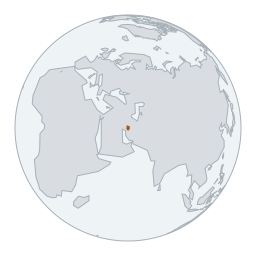 Chahar Mahall and Bakhtiari highlighted on a globe, orthographic projection, rotated 28°
{"feature_id": "IRN-3218", "entity_name": "Chahar Mahall and Bakhtiari", "entity_type": "Province", "adm_level": 1, "iso_a3": "IRN", "parent_name": "Iran", "parent_adm1": "", "projection": "orthographic", "projection_center": [50.632, 31.874], "detail": "fine", "context": "on_globe", "style": "filled", "palette": "amber", "viewbox_px": 256, "rotation_deg": 28, "n_neighbors": 0, "source": "natural_earth", "source_scale": "10m", "svg_char_len": 10602}
<svg xmlns="http://www.w3.org/2000/svg" viewBox="0 0 256 256"><g transform="rotate(28 128 128)"><circle cx="128" cy="128" r="113" fill="#eef3f6" stroke="#a8b0b8"/><path d="M132.8,15.5L144.7,16.9L150.0,17.7L147.6,17.5L158.6,19.6L166.0,22.0L156.7,19.2L155.0,18.9L159.6,20.2L158.8,20.3L160.6,21.0L159.3,21.1L153.9,19.8L153.0,19.8L156.3,20.8L157.0,21.7L152.4,20.2L153.2,21.7L144.5,20.5L133.0,17.5L127.2,18.0L112.8,18.3L113.2,18.7L107.9,19.5L106.4,20.5L104.2,20.6L104.8,21.3L107.2,21.1L108.2,21.4L107.5,22.0L104.6,22.1L104.5,21.8L103.3,22.2L102.1,22.0L102.3,22.4L98.8,22.7L101.2,23.4L97.5,24.5L95.5,24.4L97.1,23.1L96.5,20.8L94.9,20.8L91.1,21.9L80.9,26.4L78.5,27.2L74.4,29.2L75.0,29.2L78.4,27.6L78.5,28.4L82.8,26.7L83.4,26.9L87.2,26.0L85.0,27.6L80.9,29.8L77.7,30.7L75.7,31.8L77.6,32.3L70.3,35.8L63.4,41.3L61.7,42.2L60.6,41.0L63.8,37.2L62.4,36.8L61.7,38.7L57.5,41.5L56.1,42.7L55.4,43.7L56.4,43.4L54.6,44.8L54.6,43.2L56.2,41.9L56.2,42.3L57.7,40.7L57.7,40.1L55.5,41.8L56.3,41.1L62.8,36.1L69.7,31.6L77.0,27.6L84.4,24.1L92.2,21.2L100.1,18.9L108.1,17.1L116.3,16.0L124.5,15.4L132.8,15.5ZM15.9,139.3L16.2,141.4L16.4,143.4L15.9,139.3ZM153.9,18.4L151.4,17.9L154.1,18.5L153.9,18.4ZM161.1,21.2L162.0,21.4L162.5,21.7L161.1,21.2ZM88.1,25.2L87.6,25.6L87.2,25.6L88.1,25.2ZM90.2,24.5L90.0,24.2L90.9,23.9L91.0,24.1L90.2,24.5ZM161.0,22.1L161.5,22.8L160.1,21.9L161.0,22.1ZM90.2,25.0L92.6,23.3L94.3,22.7L96.1,23.1L90.2,25.0ZM161.2,23.0L162.6,24.8L164.8,25.4L159.3,25.2L160.0,23.5L157.8,22.2L160.0,23.0L161.2,23.0ZM108.2,20.7L105.7,21.0L108.4,20.3L108.2,20.7ZM109.7,20.2L116.6,18.1L120.0,18.2L117.0,18.8L121.8,18.7L120.1,19.8L117.0,20.1L115.2,19.7L115.9,20.5L109.7,20.2ZM156.0,24.9L155.5,25.3L155.0,24.7L156.0,24.9ZM108.9,21.4L110.0,20.9L113.0,20.9L111.3,22.1L110.9,21.7L108.9,21.4ZM124.0,18.3L125.9,18.6L125.0,19.6L125.6,19.9L120.3,19.9L124.0,18.3ZM109.8,22.0L110.4,22.6L108.4,23.2L108.0,22.0L109.8,22.0ZM114.4,20.5L115.8,20.7L114.5,20.9L114.4,20.5ZM101.4,26.1L102.6,25.2L104.3,25.1L101.4,26.1ZM110.7,22.9L111.4,22.7L112.2,22.6L112.2,23.2L110.7,22.9ZM120.1,20.6L119.3,21.0L122.2,20.7L121.6,21.5L118.2,21.4L119.5,21.8L119.3,22.1L116.7,21.7L120.1,20.6ZM114.5,23.6L109.9,24.1L107.3,25.5L105.7,25.6L110.3,23.2L114.5,23.6ZM116.0,22.5L114.7,23.2L113.4,22.8L113.5,22.2L116.0,22.5ZM122.5,22.2L124.2,20.9L124.9,21.0L122.5,22.2ZM114.0,24.1L115.1,24.0L113.9,24.2L114.0,24.1ZM120.2,22.8L120.7,22.3L121.5,22.4L120.2,22.8ZM116.9,24.3L115.4,24.4L115.4,23.9L116.9,24.3ZM118.6,23.6L119.5,23.9L116.3,23.6L118.7,23.4L118.6,23.6ZM120.8,23.0L121.4,22.9L120.5,23.2L120.8,23.0ZM117.7,26.2L113.6,26.0L113.7,24.9L117.6,25.2L117.7,26.2ZM28.9,144.0L26.8,125.0L29.6,120.6L31.4,113.4L51.7,98.7L54.7,102.3L69.1,105.6L70.7,107.3L67.5,112.5L77.1,123.6L82.0,119.8L92.2,126.4L100.0,127.6L105.4,117.1L92.7,114.8L92.0,109.0L103.4,106.2L114.7,108.5L114.8,106.4L108.9,100.7L112.7,97.3L107.0,98.5L108.4,100.9L104.8,101.8L103.3,99.7L104.7,98.5L101.7,97.0L95.6,103.6L96.4,106.8L87.6,106.3L88.1,111.7L85.2,113.4L83.4,105.0L84.6,102.4L80.2,92.4L78.1,95.1L82.2,104.8L80.4,103.6L77.7,107.7L78.3,103.7L74.4,92.8L67.3,92.0L56.1,99.7L52.4,98.8L50.3,94.7L56.7,84.5L64.2,87.8L66.5,84.7L66.9,78.6L69.2,80.3L70.2,78.3L73.3,79.5L79.4,76.4L82.8,77.1L87.0,71.6L89.3,71.4L86.1,74.6L85.7,77.5L94.3,79.9L96.5,79.1L98.5,75.4L100.6,76.7L101.5,72.9L107.4,72.8L101.0,69.9L103.3,66.1L107.8,63.9L107.4,62.2L100.1,65.9L98.2,67.8L98.4,70.3L92.2,75.9L88.9,76.1L91.0,68.7L86.5,68.3L90.2,63.1L107.7,55.7L114.1,55.2L120.8,62.1L118.3,64.3L114.6,62.7L116.3,67.6L117.0,65.5L118.7,66.8L121.3,63.8L122.7,64.5L122.9,60.5L124.8,61.1L124.7,63.7L130.2,60.2L134.7,60.9L135.3,59.8L134.7,58.4L140.9,60.4L141.1,59.5L139.1,58.5L138.1,56.1L138.9,52.9L141.0,53.7L141.0,55.0L144.2,59.2L144.0,62.8L144.9,62.8L145.6,60.0L141.7,54.8L141.5,52.6L143.8,54.8L143.0,53.8L143.5,53.0L146.1,53.1L143.8,50.7L147.3,42.0L152.6,41.7L154.3,44.4L159.0,40.2L164.6,40.9L162.7,39.8L163.8,37.5L162.0,37.3L161.2,36.6L163.0,31.5L165.1,31.2L163.8,28.4L162.9,28.0L161.3,28.0L159.3,25.2L164.8,25.4L166.7,26.3L168.9,26.1L172.8,28.4L177.1,30.5L180.1,33.6L183.2,35.3L183.7,35.0L188.3,37.2L196.1,43.2L187.5,39.4L175.5,32.0L180.2,35.0L178.5,34.7L179.8,36.1L183.1,38.3L184.0,38.3L185.9,45.1L192.7,53.2L193.9,50.9L197.0,51.9L205.7,60.6L212.3,77.2L216.5,80.0L218.3,82.8L218.1,86.0L215.5,81.9L213.2,81.8L211.8,79.2L210.6,83.4L208.4,79.9L208.6,85.2L211.1,87.3L212.9,84.6L214.0,91.1L218.8,94.0L221.9,99.8L222.3,113.9L219.0,120.7L219.3,122.8L216.6,122.0L215.1,127.6L221.6,135.8L222.1,139.0L218.7,147.8L218.3,145.6L211.3,143.4L211.4,151.5L216.7,155.0L218.6,161.1L215.1,161.0L213.0,155.7L210.6,154.7L210.2,147.9L206.2,139.3L202.6,143.0L201.9,139.0L195.8,132.5L190.1,137.5L181.7,151.5L182.1,161.9L178.5,167.3L170.1,154.3L167.3,144.5L163.7,146.2L155.6,138.6L140.0,139.7L138.2,137.0L135.2,138.5L129.5,135.9L127.1,131.4L123.5,131.7L130.1,143.4L134.1,143.1L138.1,138.5L139.1,142.6L144.6,146.0L136.7,156.3L114.3,164.7L113.0,156.8L100.6,133.5L101.5,131.0L101.5,130.7L101.4,130.2L99.3,134.1L97.5,129.4L103.1,145.7L103.7,152.4L114.0,165.1L112.8,166.2L116.4,168.8L128.9,166.2L128.8,168.8L122.3,180.2L105.8,193.9L108.5,203.4L108.2,210.7L99.1,214.2L101.1,219.5L96.5,220.5L97.1,223.1L94.1,225.1L88.7,226.2L78.2,223.3L76.6,221.0L69.9,214.7L60.1,199.7L61.7,194.4L60.4,189.0L52.9,174.2L54.4,167.8L52.7,164.0L48.9,163.0L47.0,158.4L44.9,157.2L32.1,151.6L28.9,144.0ZM43.2,108.5L42.2,110.5L43.2,108.5ZM125.8,116.8L133.1,117.5L131.4,110.3L134.1,110.1L132.5,107.9L131.2,109.8L127.6,103.8L131.3,101.9L131.2,98.9L128.8,98.5L122.5,103.1L127.6,111.6L125.3,114.4L125.8,116.8ZM57.5,41.5L57.4,41.7L56.4,42.9L56.2,42.7L57.5,41.5ZM55.7,46.5L52.9,48.8L54.8,46.9L54.0,46.9L57.1,43.4L61.0,42.5L58.7,43.4L55.7,46.5ZM62.2,38.7L59.8,40.8L62.3,38.6L62.2,38.7ZM73.3,67.4L73.7,69.2L71.6,71.1L67.3,70.9L70.3,68.1L73.3,67.4ZM74.7,71.4L78.0,64.6L80.8,64.7L78.7,65.7L80.2,66.5L77.2,68.4L76.6,75.5L74.7,77.7L67.9,75.6L71.1,75.0L70.6,73.2L74.7,71.4ZM81.6,49.5L83.1,47.3L87.2,50.3L85.3,52.1L81.0,51.8L80.6,49.5L81.6,49.5ZM93.0,26.3L93.3,25.8L94.1,25.6L94.5,26.0L93.0,26.3ZM101.8,25.7L92.5,28.8L92.4,28.3L87.1,31.1L84.7,30.9L88.2,29.0L82.4,31.1L84.6,29.3L80.7,31.0L88.8,26.8L90.5,25.5L89.5,27.0L91.6,27.2L93.1,26.9L98.5,25.2L103.4,22.8L106.3,22.8L107.1,23.5L106.4,24.1L104.7,23.8L104.9,24.8L102.0,24.9L101.8,25.7ZM114.5,35.5L112.8,34.3L112.8,37.6L109.9,37.1L110.1,37.5L107.3,38.1L104.3,39.6L103.2,39.1L102.5,39.9L100.7,40.4L99.3,41.4L96.9,41.0L95.1,42.3L94.9,41.4L92.5,43.7L93.2,41.9L90.9,42.5L91.4,44.0L81.2,40.8L76.4,41.4L72.0,43.0L73.8,40.0L79.1,36.7L85.7,34.0L90.1,34.1L90.1,32.9L92.3,32.6L91.4,33.7L94.0,31.9L95.5,32.0L101.4,30.5L104.3,28.2L106.5,27.7L106.1,28.7L108.6,27.5L109.4,29.1L111.0,28.9L113.4,30.3L111.7,32.6L113.7,32.2L115.6,33.4L114.5,35.5ZM118.3,26.7L116.9,29.1L114.6,30.2L111.5,27.3L109.9,27.3L107.8,25.8L111.1,24.3L111.4,24.9L112.5,25.1L111.0,25.4L113.0,25.3L113.5,26.1L115.1,26.3L114.2,27.0L118.3,26.7ZM73.4,105.8L74.7,106.5L77.1,107.0L75.5,109.8L73.4,105.8ZM70.6,98.4L71.9,98.5L70.8,102.4L69.3,101.7L70.6,98.4ZM73.7,95.5L72.1,98.2L72.1,96.3L73.7,95.5ZM87.5,74.6L89.1,74.6L88.9,75.6L87.5,76.7L87.5,74.6ZM113.8,46.2L113.2,45.1L113.9,44.8L114.9,42.1L117.2,42.3L117.5,44.1L113.8,46.2ZM102.7,118.7L99.9,120.4L98.9,119.2L100.1,118.8L102.7,118.7ZM86.6,115.2L89.8,117.5L86.1,116.0L86.6,115.2ZM116.5,46.0L116.6,44.9L117.6,45.7L116.5,46.0ZM118.9,42.4L120.3,43.2L117.6,42.1L118.9,42.4ZM151.4,237.1L152.5,237.2L150.6,237.5L151.4,237.1ZM127.7,210.5L121.7,222.2L116.3,222.0L114.6,218.6L116.3,211.5L122.4,209.6L125.2,206.1L127.7,210.5ZM231.2,165.5L232.3,164.5L232.2,164.9L231.2,165.5ZM230.1,165.6L231.6,164.0L229.7,166.8L230.1,165.6ZM232.1,163.4L233.6,160.9L234.2,159.4L234.0,160.4L232.1,163.4ZM229.1,166.7L222.3,172.5L219.3,173.5L220.2,171.4L225.1,168.2L229.1,166.7ZM220.0,171.5L215.1,170.2L206.8,161.0L209.8,159.8L218.2,163.5L217.7,165.1L220.7,166.8L220.0,171.5ZM230.8,154.7L230.3,159.3L226.7,162.2L225.0,163.0L223.9,158.5L224.5,155.2L226.0,154.2L230.5,140.0L232.4,140.6L231.3,146.1L232.7,148.4L230.8,154.7ZM182.7,162.7L185.7,167.9L183.5,169.4L182.7,162.7ZM231.4,131.4L230.2,137.5L231.0,130.2L231.4,131.4ZM231.3,125.1L231.9,127.1L230.7,125.8L231.3,125.1ZM220.1,125.8L218.6,127.5L218.1,126.0L219.8,123.0L220.1,125.8ZM224.2,104.8L225.9,109.2L226.2,111.0L224.7,108.9L224.2,104.8ZM136.1,48.6L132.2,51.8L130.8,54.8L132.5,57.2L128.5,55.4L130.5,50.8L136.1,48.6ZM145.7,42.7L144.3,40.8L146.0,40.9L146.6,41.3L145.7,42.7ZM144.1,42.1L140.3,41.3L140.2,39.8L143.2,40.7L144.1,42.1ZM128.3,43.2L127.0,44.1L126.1,43.3L128.3,43.2ZM212.2,202.8L212.0,203.0L214.5,200.1L217.9,194.6L218.5,194.1L220.8,189.4L227.8,179.2L233.5,166.4L234.8,163.7L237.4,154.9L237.6,154.1L235.5,161.7L232.8,169.2L229.7,176.5L226.0,183.5L221.9,190.3L217.3,196.7L212.2,202.8ZM233.9,162.3L235.8,156.9L236.4,155.5L233.9,162.3ZM240.0,140.1L239.4,142.8L239.2,141.6L239.7,138.9L238.9,140.0L239.9,136.2L240.0,139.0L240.4,134.2L240.5,133.0L240.0,140.1ZM239.3,144.9L239.4,144.4L239.1,146.1L239.3,144.9ZM237.3,147.2L237.2,148.4L236.8,148.3L237.3,147.2ZM237.8,145.6L238.7,144.5L237.7,146.7L237.8,145.6ZM233.5,148.4L234.0,150.4L235.5,146.7L234.4,150.7L235.1,153.6L234.6,155.7L234.0,152.4L233.2,157.7L232.5,158.4L232.4,154.8L233.3,148.9L234.0,145.9L236.6,141.4L233.5,148.4ZM237.9,142.4L237.6,139.9L237.8,137.4L238.2,138.4L237.9,142.4ZM236.2,134.3L234.7,132.2L233.8,135.0L235.1,127.2L236.4,130.4L236.2,134.3ZM234.2,127.7L233.4,130.2L233.9,126.0L234.2,127.7ZM233.0,129.4L232.4,127.0L233.2,126.3L233.0,129.4ZM234.7,127.1L234.0,122.7L234.9,124.6L234.7,127.1ZM230.7,121.9L233.4,123.8L230.8,124.8L228.4,116.9L229.4,115.5L230.7,121.9ZM221.9,83.0L220.5,81.0L220.7,79.4L221.7,81.2L221.9,83.0ZM220.1,73.3L220.3,78.4L220.2,82.9L221.2,83.2L223.1,87.5L220.3,85.2L218.9,79.3L219.3,76.6L217.4,73.3L216.5,69.8L213.6,66.4L212.5,64.2L215.3,66.6L220.1,73.3ZM212.3,65.1L206.9,58.7L208.2,57.6L209.7,58.7L211.6,62.0L210.8,62.4L212.3,65.1ZM206.0,57.0L205.1,57.4L195.3,50.7L193.6,49.0L201.8,53.1L201.4,53.8L203.5,55.7L206.0,57.0ZM156.7,25.6L155.6,25.3L156.6,25.3L156.7,25.6ZM160.2,36.6L159.3,35.7L160.5,35.5L160.2,36.6ZM157.4,33.3L156.7,34.1L156.5,32.9L157.4,33.3ZM155.3,36.0L156.0,34.2L156.6,36.5L155.3,36.0Z" fill="#d9dde1" stroke="#a8b0b8" stroke-width="1"/><path d="M128.3,126.5L128.5,126.7L128.5,126.8L128.5,127.0L128.7,127.3L128.8,127.4L129.0,127.5L129.1,127.9L129.1,128.0L129.1,128.3L129.0,128.7L129.2,129.2L129.2,129.3L128.9,129.5L128.6,129.5L127.9,129.0L127.9,128.9L127.8,129.0L127.5,128.8L127.4,128.8L127.4,128.6L127.5,128.5L127.5,128.4L127.3,128.2L127.2,128.0L127.1,127.8L127.1,127.7L126.9,127.5L126.8,127.3L126.5,126.9L126.8,126.6L127.0,126.6L127.3,126.7L127.5,126.7L127.8,126.6L128.1,126.5L128.3,126.5Z" fill="#f59e0b" stroke="#b45309" stroke-width="1.5"/></g></svg>